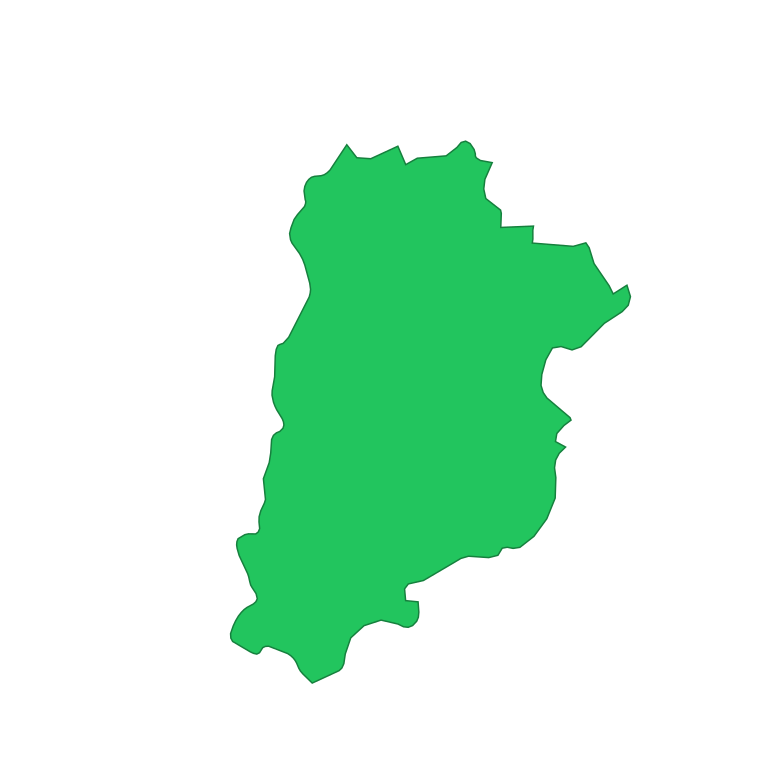 Charente, Natural Earth projection, rotated 150°
{"feature_id": "FRA-5277", "entity_name": "Charente", "entity_type": "Metropolitan department", "adm_level": 1, "iso_a3": "FRA", "parent_name": "France", "parent_adm1": "", "projection": "natural_earth1", "projection_center": [0.293, 45.665], "detail": "fine", "context": "isolated", "style": "filled", "palette": "green", "viewbox_px": 768, "rotation_deg": 150, "n_neighbors": 0, "source": "natural_earth", "source_scale": "10m", "svg_char_len": 2415}
<svg xmlns="http://www.w3.org/2000/svg" viewBox="0 0 768 768"><g transform="rotate(150 384 384)"><path d="M220.1,331.0L231.7,324.1L242.6,313.3L248.7,304.3L250.4,297.0L249.9,290.4L239.7,261.8L240.1,259.2L248.9,258.1L259.1,254.7L264.3,248.4L258.3,238.6L266.9,236.4L273.3,232.4L278.2,226.2L282.0,217.0L292.8,199.6L310.4,185.9L330.3,177.1L348.0,174.6L354.4,177.1L358.9,181.0L363.7,182.7L371.0,178.7L380.1,181.3L396.9,192.6L404.6,194.5L448.1,194.1L462.9,198.7L468.6,196.3L473.6,185.6L463.4,178.3L467.9,169.0L470.9,164.8L474.3,162.2L480.0,160.5L484.7,161.2L488.5,164.0L491.9,169.1L504.6,181.0L522.1,184.7L539.7,180.8L552.5,169.6L558.6,161.9L562.5,159.1L566.2,158.2L595.7,160.9L599.2,173.4L599.9,177.2L599.9,180.3L599.2,186.2L599.2,189.1L599.6,192.1L600.6,195.4L602.2,198.7L615.0,214.6L618.0,216.1L620.9,216.3L626.2,213.5L629.2,213.7L631.7,216.0L633.8,219.0L643.8,236.7L643.7,240.5L641.7,244.5L635.6,249.8L630.9,253.1L626.1,255.8L621.9,257.5L617.9,258.6L614.3,259.0L607.1,258.8L603.8,259.5L601.1,261.4L599.6,266.4L600.0,273.7L600.0,276.5L599.0,280.2L597.6,284.6L596.9,287.9L595.2,307.8L593.4,315.0L592.1,318.3L590.2,321.0L587.7,323.0L579.8,323.1L576.3,322.0L570.1,318.3L566.9,318.7L564.0,320.9L561.2,327.1L558.5,331.5L554.1,335.8L547.1,340.7L544.4,343.2L535.8,362.3L522.7,373.3L516.5,381.0L509.1,392.1L505.4,394.8L501.6,395.5L498.0,395.0L493.6,396.2L491.2,398.5L490.0,401.5L489.5,404.7L489.8,415.3L489.5,419.3L488.8,423.5L486.6,430.2L484.2,434.1L475.1,444.9L464.0,462.9L460.0,467.9L456.6,470.4L454.3,470.3L451.0,469.6L443.2,472.1L405.2,496.8L402.4,499.7L400.3,502.6L397.9,508.4L393.1,526.6L392.1,532.6L391.9,539.1L393.2,552.0L392.8,555.7L390.5,561.5L386.3,565.9L379.5,571.5L374.1,574.0L364.0,577.5L361.7,579.5L360.5,581.2L360.0,583.2L356.7,591.2L353.8,594.7L350.2,597.4L346.8,598.8L343.5,599.3L340.4,598.6L334.3,595.8L331.1,595.1L327.7,595.3L323.9,596.2L296.6,609.8L294.4,593.5L282.8,585.7L253.1,583.0L255.5,563.1L242.3,562.9L216.1,550.5L202.5,552.4L196.4,554.6L191.9,553.5L189.2,549.2L188.7,542.1L189.8,537.7L190.9,535.7L191.0,533.7L188.8,529.4L179.6,521.6L194.3,510.8L200.1,503.0L203.1,493.7L196.1,476.3L197.1,473.1L204.6,461.2L175.6,446.0L178.2,442.8L182.6,435.1L185.1,431.9L151.3,408.6L138.6,405.3L138.2,399.4L141.9,383.3L139.9,356.5L140.5,347.4L124.2,348.1L126.9,336.4L133.1,330.1L141.5,327.6L162.9,326.4L194.6,317.7L204.1,319.5L211.9,327.9L220.1,331.0Z" fill="#22c55e" stroke="#15803d" stroke-width="1.5"/></g></svg>